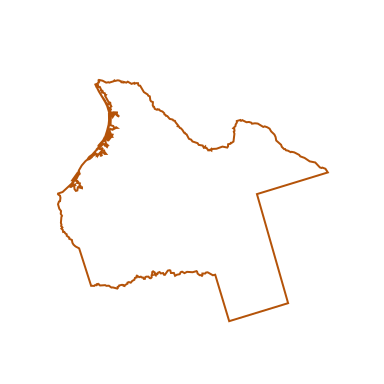 outline of Texas, rotated 163°
{"feature_id": "USA-3536", "entity_name": "Texas", "entity_type": "State", "adm_level": 1, "iso_a3": "USA", "parent_name": "United States of America", "parent_adm1": "", "projection": "natural_earth1", "projection_center": [-98.169, 31.172], "detail": "fine", "context": "isolated", "style": "outline", "palette": "amber", "viewbox_px": 384, "rotation_deg": 163, "n_neighbors": 0, "source": "natural_earth", "source_scale": "10m", "svg_char_len": 6145}
<svg xmlns="http://www.w3.org/2000/svg" viewBox="0 0 384 384"><g transform="rotate(163 192 192)"><path d="M60.2,177.2L57.6,175.2L56.4,171.0L130.5,171.0L132.6,57.6L194.2,57.6L194.0,106.1L196.4,106.3L200.5,110.6L202.1,110.9L203.2,110.2L205.9,111.0L206.5,109.2L207.0,108.9L207.8,109.9L209.0,110.2L210.5,112.4L210.4,114.3L210.8,115.0L214.9,115.1L220.1,117.1L222.9,116.6L224.8,118.7L226.3,118.6L227.8,117.0L230.6,117.3L232.7,116.8L233.0,119.9L235.8,120.7L235.7,123.3L236.4,123.8L238.1,123.9L242.2,120.7L243.0,121.1L243.3,122.9L245.7,123.3L246.4,124.9L248.0,124.8L249.1,123.6L249.9,124.2L251.0,122.8L251.7,123.9L251.2,126.0L252.4,127.5L253.4,127.1L254.2,125.0L253.8,124.1L255.0,124.1L255.6,122.1L256.7,121.6L257.6,122.0L258.4,123.8L260.5,124.4L261.6,124.2L262.5,122.7L263.5,123.0L263.9,124.6L265.2,125.1L265.7,126.0L267.4,126.0L269.1,128.1L269.7,127.7L269.9,126.5L271.7,126.5L272.8,124.9L275.0,124.5L277.1,123.2L278.7,124.3L280.2,124.2L280.5,123.2L283.5,122.5L284.0,121.8L285.0,122.4L285.0,123.2L286.1,123.7L289.0,123.9L289.5,123.2L290.8,123.0L291.0,121.9L291.7,121.5L295.6,123.9L297.0,124.2L298.9,126.7L301.3,127.3L302.3,128.3L307.3,129.5L308.0,130.9L309.0,131.0L308.9,131.6L310.1,131.7L310.7,130.8L312.0,131.3L312.9,130.8L315.9,131.8L316.4,171.1L319.3,174.0L320.7,176.3L321.2,178.4L320.9,181.3L323.1,183.2L322.7,184.3L324.6,186.8L324.2,188.2L325.2,189.3L325.8,191.2L326.9,191.4L326.7,193.8L327.6,195.2L326.3,196.0L327.1,197.7L326.4,198.8L326.4,200.8L324.2,206.3L323.3,207.2L323.9,209.5L322.8,212.1L323.8,214.8L323.7,219.5L322.0,221.8L320.9,221.8L319.5,224.9L319.3,227.1L320.5,228.5L320.8,229.2L320.5,229.7L315.8,229.8L304.4,235.3L302.2,237.5L301.6,237.1L303.4,235.0L305.9,233.5L307.5,233.4L307.9,232.4L307.4,232.9L306.3,232.2L301.8,233.4L301.7,232.9L302.2,233.0L303.1,231.3L303.5,229.1L302.7,227.0L301.2,227.0L299.8,229.9L298.8,230.2L298.5,229.3L296.1,227.8L295.8,228.7L297.5,229.7L296.9,230.5L297.5,231.4L296.7,233.0L299.1,234.2L297.9,234.9L298.4,236.1L298.9,236.1L298.9,235.6L299.5,236.6L301.0,237.3L299.5,237.2L299.1,238.8L298.3,238.7L294.9,242.3L293.7,241.5L294.2,242.3L294.0,245.6L289.7,249.6L284.8,252.7L283.0,253.4L280.3,253.5L277.6,254.6L277.8,256.2L282.4,253.9L279.9,255.7L276.5,256.9L272.0,259.6L273.2,258.4L276.9,256.5L276.8,255.7L276.0,255.5L271.8,257.1L273.7,256.2L272.1,256.1L272.6,254.5L271.0,254.9L271.1,254.6L269.4,255.9L268.4,254.6L268.6,253.5L267.9,253.5L267.3,252.7L267.7,254.1L268.3,254.0L267.9,255.7L268.9,256.2L267.7,256.9L266.3,257.4L267.3,256.9L267.2,255.9L266.5,256.5L266.2,255.7L265.0,255.6L264.5,254.0L263.0,253.5L264.0,256.1L263.9,257.4L265.7,258.1L266.3,259.1L265.0,259.7L265.2,260.1L266.7,259.5L268.1,260.4L268.2,261.0L263.0,263.9L262.0,263.5L261.8,261.9L261.1,261.6L260.1,259.9L259.6,260.4L260.6,261.6L259.0,261.5L260.3,263.6L259.9,264.9L260.3,265.9L258.3,268.2L256.9,268.8L257.6,267.0L257.3,266.6L257.6,265.3L256.6,266.5L256.9,267.1L256.3,268.6L255.4,268.4L255.5,266.7L253.5,268.1L252.2,268.0L252.5,268.6L251.2,270.1L252.6,270.8L252.7,271.8L253.6,270.2L255.1,269.0L255.3,269.4L255.2,271.0L252.0,276.1L250.9,276.4L251.4,276.2L250.2,275.0L248.4,275.5L248.6,275.0L246.1,275.5L244.9,275.2L245.6,276.1L247.6,275.9L248.0,278.1L250.4,279.7L247.2,288.8L245.2,290.1L244.5,289.9L245.5,289.2L245.2,288.8L246.2,288.5L245.6,288.4L245.7,287.1L242.7,289.6L240.8,286.4L239.6,285.4L241.4,288.6L241.1,289.2L241.9,289.4L241.2,290.0L239.6,289.7L244.1,291.3L246.9,290.6L246.3,292.8L246.5,293.9L245.4,294.7L245.8,296.7L244.1,297.4L244.4,299.3L245.8,300.3L245.5,300.8L244.4,299.7L244.1,301.3L245.5,302.5L247.1,309.8L246.8,309.2L246.0,309.9L246.7,310.2L246.5,311.8L248.1,313.0L248.0,313.9L248.8,313.8L248.3,315.2L249.3,315.8L249.0,316.3L249.4,319.3L251.5,320.1L251.3,320.8L250.7,320.7L250.6,322.5L251.0,322.8L251.9,322.2L252.2,320.7L252.7,320.6L253.0,323.1L250.3,323.4L249.4,324.4L249.0,324.1L248.5,324.6L248.7,326.2L248.2,326.4L245.0,324.6L242.1,321.7L239.8,321.4L239.1,320.8L234.7,320.8L233.6,321.4L233.2,320.7L230.3,320.5L228.6,319.6L227.8,318.4L227.0,318.3L227.2,317.5L226.0,317.0L225.4,316.7L225.0,317.2L222.8,315.8L221.2,316.3L218.2,313.1L216.2,313.2L215.5,312.5L215.1,312.9L214.8,312.4L213.8,312.5L211.8,311.8L212.1,310.2L211.6,309.2L210.5,308.8L208.8,301.6L205.9,298.2L205.7,296.9L204.4,295.8L205.0,292.0L204.6,290.6L203.1,289.4L204.2,286.4L204.0,284.8L203.4,284.6L203.3,282.4L201.5,280.9L200.6,281.2L200.2,280.6L199.4,280.6L198.6,279.0L196.7,277.6L195.5,275.4L195.7,274.3L194.7,273.3L194.7,272.6L193.4,271.8L192.0,268.5L189.3,266.9L188.9,265.8L187.5,265.0L187.4,263.6L185.9,259.9L186.5,259.1L185.3,258.4L184.9,256.8L184.0,256.2L183.0,254.1L182.2,251.0L181.5,250.7L181.5,250.0L180.3,248.6L179.4,243.8L177.5,242.3L176.8,240.2L172.4,237.1L171.8,235.1L168.2,233.3L167.8,231.0L166.1,231.6L166.4,230.3L165.2,229.9L164.3,227.1L163.4,227.3L162.9,226.7L161.4,227.3L161.7,226.5L161.3,226.0L160.9,226.9L159.5,227.1L155.9,226.2L149.6,226.5L145.3,224.2L144.2,225.1L143.5,227.1L141.2,226.9L140.6,227.6L140.1,227.3L137.6,228.1L134.4,235.3L134.4,237.5L133.5,238.0L133.1,240.1L133.9,240.9L131.2,242.3L130.5,243.8L128.8,245.3L128.4,246.8L124.7,246.7L124.5,245.9L123.8,245.7L122.9,246.0L119.5,242.8L117.0,242.3L115.0,240.9L114.7,239.8L111.7,239.3L109.1,238.2L104.8,233.4L103.3,233.5L101.1,231.9L99.3,229.9L98.6,226.8L96.4,222.9L96.0,220.1L96.4,216.6L93.0,211.1L92.9,208.9L91.4,206.1L90.4,205.8L89.9,204.4L88.3,203.6L85.9,201.2L85.0,201.3L82.6,200.0L78.7,196.2L78.0,194.4L74.4,191.7L70.5,186.9L65.5,184.2L62.5,178.1L61.1,177.1L60.2,177.2ZM252.6,278.5L254.4,276.0L254.9,276.1L252.1,280.7L250.4,284.7L248.5,291.3L247.5,291.4L248.1,288.4L250.7,281.5L250.5,280.6L251.5,281.2L252.6,278.5ZM251.7,315.5L252.4,319.8L250.4,310.6L248.3,304.2L248.4,303.0L247.5,301.5L247.4,294.0L247.7,292.3L248.0,292.0L248.0,298.9L248.7,303.3L251.7,315.5ZM267.7,262.0L268.2,262.2L267.9,263.7L262.0,267.3L259.2,270.2L259.9,268.6L259.8,267.2L261.8,266.6L265.9,263.5L267.4,263.4L267.7,262.0ZM300.7,237.6L303.0,238.3L294.9,244.5L295.6,243.3L300.8,238.7L300.7,237.6ZM258.3,268.7L259.0,268.9L258.9,270.2L255.1,275.7L255.2,274.5L256.8,272.1L256.4,271.7L258.3,268.7ZM268.9,261.7L270.1,260.4L271.7,259.6L270.7,260.7L268.9,261.7Z" fill="none" stroke="#b45309" stroke-width="2"/></g></svg>